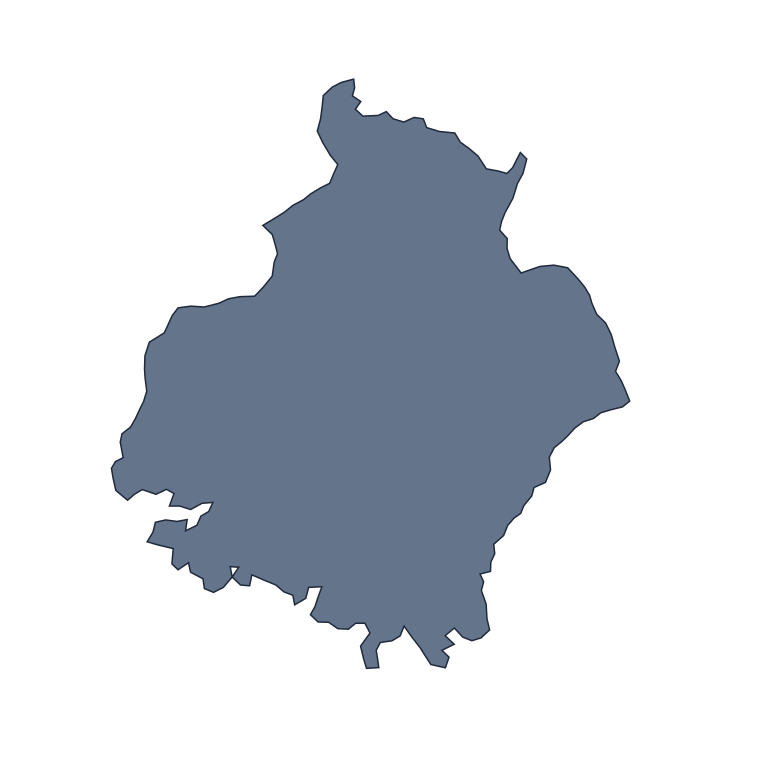 Dois Irmãos das Missões, Rio Grande do Sul, Brazil, rotated 294°
{"feature_id": "56859067B898462475096", "entity_name": "Dois Irmãos das Missões", "entity_type": "district", "adm_level": 2, "iso_a3": "BRA", "parent_name": "Brazil", "parent_adm1": "Rio Grande do Sul", "projection": "mercator", "projection_center": [-53.505, -27.678], "detail": "fine", "context": "isolated", "style": "filled", "palette": "slate", "viewbox_px": 768, "rotation_deg": 294, "n_neighbors": 0, "source": "geoboundaries", "source_scale": "gbopen_adm2", "svg_char_len": 2692}
<svg xmlns="http://www.w3.org/2000/svg" viewBox="0 0 768 768"><g transform="rotate(294 384 384)"><path d="M622.9,211.2L611.3,215.0L600.4,218.2L587.9,220.2L579.6,229.9L571.1,241.9L565.7,252.5L555.3,252.5L545.2,252.7L537.7,246.5L527.6,239.5L519.8,235.6L510.1,228.1L500.1,222.9L490.9,216.7L479.6,208.8L475.1,221.1L467.6,227.5L459.6,233.8L450.8,234.1L437.1,238.0L423.3,234.3L411.6,230.1L405.2,216.9L398.6,207.3L390.6,200.3L381.2,188.4L376.6,175.9L369.8,164.9L360.2,162.7L341.4,162.5L326.8,152.6L312.6,154.1L300.1,159.2L291.8,163.6L280.9,170.2L270.3,171.5L261.2,171.1L251.9,171.0L241.7,170.0L231.9,164.9L223.6,166.7L210.6,175.7L203.9,170.2L196.1,169.3L187.8,174.8L177.7,182.3L173.5,197.0L181.4,200.7L189.2,206.0L190.5,220.6L199.3,228.1L198.5,236.7L185.2,237.6L189.4,247.0L190.7,258.4L201.0,266.3L206.2,275.9L196.1,275.7L188.9,270.5L178.8,270.5L169.2,262.4L180.1,259.3L174.3,250.9L171.0,239.8L164.7,231.4L154.6,233.2L143.5,231.8L145.0,242.8L147.9,258.4L133.4,263.4L130.5,271.4L141.2,278.1L133.4,283.8L132.4,297.9L124.1,303.1L124.3,313.0L132.9,320.0L145.9,323.8L142.0,334.7L145.0,343.3L155.9,340.9L156.0,353.0L156.4,367.2L153.4,377.1L153.9,386.7L145.9,392.2L156.4,399.7L167.6,397.9L173.5,409.7L160.6,410.6L152.6,411.5L143.3,410.6L139.8,420.5L143.8,430.4L141.7,441.3L145.5,451.2L153.9,455.4L157.7,463.9L150.8,472.5L135.0,469.2L125.1,476.8L117.1,483.7L122.8,494.6L130.5,489.8L137.5,485.2L146.4,485.8L152.6,495.7L160.4,501.2L171.0,500.8L164.3,512.1L157.7,524.4L151.8,533.2L146.8,540.9L149.7,555.5L160.9,554.5L164.3,545.2L174.8,554.0L179.0,542.2L189.7,547.5L184.8,558.8L185.2,568.7L191.5,575.9L202.3,580.5L211.5,573.5L224.4,566.9L235.0,556.9L243.8,555.5L249.5,549.0L256.1,557.5L264.9,554.0L274.0,554.2L282.2,549.4L294.2,554.9L305.0,554.5L314.3,557.3L321.4,561.5L329.7,561.2L341.8,564.5L350.5,563.2L359.8,571.5L373.2,571.1L384.4,564.8L395.0,565.4L403.3,569.6L411.3,572.9L421.2,576.2L430.5,581.4L437.8,589.5L445.8,593.7L452.4,601.3L460.1,611.2L468.4,615.4L477.5,606.0L483.5,599.4L489.7,590.4L500.6,589.8L512.3,579.2L521.5,571.6L529.8,561.7L534.3,549.8L542.5,540.9L548.6,535.8L554.0,528.2L558.6,519.2L564.9,504.5L561.7,490.9L554.8,478.6L541.2,464.1L549.8,448.3L557.8,441.3L567.0,437.4L571.6,427.1L580.1,425.3L589.7,424.9L606.3,426.2L621.2,424.4L633.0,425.3L647.6,422.9L650.9,414.4L642.2,413.9L633.9,413.5L626.3,410.6L625.0,401.6L622.2,390.0L630.5,377.1L633.9,365.4L635.9,355.4L642.1,346.6L637.2,331.9L635.6,318.7L642.2,312.1L639.8,303.1L631.3,295.5L630.0,284.3L633.8,275.3L627.1,269.6L620.1,255.8L623.4,246.1L632.6,247.9L634.3,238.0L642.6,236.7L650.2,232.3L642.2,222.4L634.3,216.0L622.9,211.2ZM145.9,323.8L154.6,317.8L157.5,325.8L145.9,323.8Z" fill="#64748b" stroke="#1e293b" stroke-width="1.5"/></g></svg>